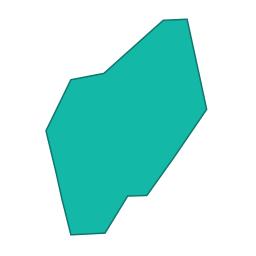 the district of Demerval Lobão, Piauí, Brazil, rotated 168°
{"feature_id": "56859067B93214732609639", "entity_name": "Demerval Lobão", "entity_type": "district", "adm_level": 2, "iso_a3": "BRA", "parent_name": "Brazil", "parent_adm1": "Piauí", "projection": "orthographic", "projection_center": [-42.666, -5.337], "detail": "fine", "context": "isolated", "style": "filled", "palette": "teal", "viewbox_px": 256, "rotation_deg": 168, "n_neighbors": 0, "source": "geoboundaries", "source_scale": "gbopen_adm2", "svg_char_len": 391}
<svg xmlns="http://www.w3.org/2000/svg" viewBox="0 0 256 256"><g transform="rotate(168 128 128)"><path d="M206.1,35.4L175.5,30.5L172.3,30.0L142.5,61.5L123.6,58.1L90.9,88.1L88.5,90.4L85.3,93.4L47.2,129.9L47.3,164.6L47.6,222.1L71.1,226.0L85.6,217.8L140.3,186.4L173.8,187.1L208.8,142.3L207.6,99.0L207.4,71.6L206.7,53.8L206.1,35.4Z" fill="#14b8a6" stroke="#0f766e" stroke-width="1.5"/></g></svg>